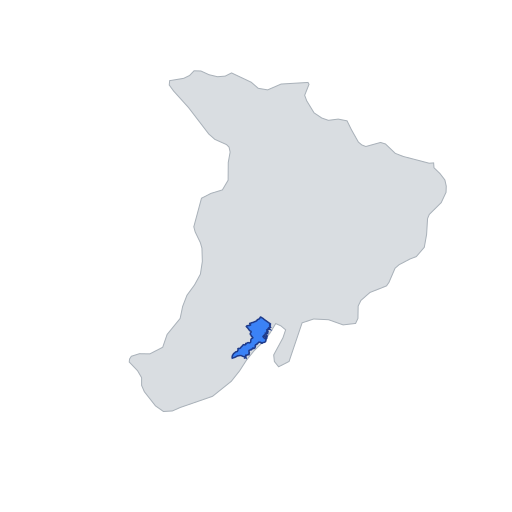 location of Sabana de la Mar, Hato Mayor, Dominican Republic, rotated 114°
{"feature_id": "3306468B29734552826956", "entity_name": "Sabana de la Mar", "entity_type": "district", "adm_level": 2, "iso_a3": "DOM", "parent_name": "Dominican Republic", "parent_adm1": "Hato Mayor", "projection": "equal_earth", "projection_center": [-69.405, 19.01], "detail": "fine", "context": "in_parent", "style": "filled", "palette": "blue", "viewbox_px": 512, "rotation_deg": 114, "n_neighbors": 0, "source": "geoboundaries", "source_scale": "gbopen_adm2", "svg_char_len": 6499}
<svg xmlns="http://www.w3.org/2000/svg" viewBox="0 0 512 512"><g transform="rotate(114 256 256)"><path d="M98.7,352.8L99.2,331.0L101.9,322.2L99.5,312.9L88.7,303.0L82.1,290.3L76.3,279.1L77.6,277.4L89.4,276.9L93.6,272.8L101.6,261.2L103.2,252.0L102.6,245.0L97.5,236.6L95.5,227.8L101.9,220.1L110.3,208.8L111.5,204.5L111.3,200.2L101.6,188.4L101.0,183.3L105.6,170.5L105.2,162.0L100.8,135.5L98.7,131.6L103.0,129.3L105.9,121.4L109.7,114.4L114.8,110.6L120.5,108.3L131.9,108.5L147.5,114.6L152.0,114.5L167.0,108.9L179.6,105.8L191.3,109.3L196.1,114.1L205.7,121.7L210.6,124.0L226.0,123.8L230.2,124.6L243.0,137.1L253.9,142.1L260.2,142.3L271.5,137.5L277.1,137.6L283.5,148.4L284.7,163.8L290.1,177.7L298.3,186.7L338.9,182.9L348.0,190.3L344.9,196.3L339.2,199.6L319.8,198.1L311.4,198.9L309.7,204.9L309.7,210.5L321.0,211.9L332.0,214.7L343.3,219.2L354.8,222.3L367.7,224.3L380.5,227.6L401.8,238.6L425.3,263.7L431.6,269.4L435.7,277.3L433.8,286.9L425.4,302.8L420.7,307.9L413.7,311.0L409.0,317.5L404.4,328.7L401.6,329.6L398.3,329.1L392.7,322.8L388.6,313.2L377.3,304.1L363.8,305.3L343.9,299.9L331.9,302.5L319.9,303.1L307.5,300.4L295.2,299.4L282.8,302.8L270.8,308.6L266.4,312.3L258.7,321.4L254.6,324.7L225.4,329.3L217.1,322.6L209.3,313.6L198.1,312.3L181.8,319.4L171.6,321.9L167.5,324.9L166.2,328.3L166.2,341.0L163.8,348.7L147.9,377.9L138.8,398.4L135.1,404.8L130.9,406.2L123.1,394.3L118.1,390.1L112.0,387.9L109.4,381.6L109.5,372.7L107.9,364.1L104.2,357.3L98.7,352.8Z" fill="#d9dde1" stroke="#a8b0b8" stroke-width="1"/><path d="M352.7,225.2L352.8,224.9L353.0,224.9L353.2,224.7L353.7,224.7L353.5,224.4L353.3,224.4L353.0,224.6L352.8,224.6L352.7,224.3L352.7,224.2L352.8,223.9L352.4,224.2L352.3,224.4L352.2,224.5L352.2,224.8L351.7,224.6L351.6,224.8L351.3,224.7L351.1,225.0L350.8,225.0L350.6,224.9L350.6,224.5L350.7,224.3L350.6,224.2L350.3,224.1L350.0,223.8L349.8,223.7L349.6,223.5L349.5,223.1L349.3,222.8L349.0,222.8L349.0,222.7L348.9,222.4L348.6,222.6L348.3,222.4L348.2,222.4L347.9,222.6L347.6,222.7L347.5,222.9L347.0,222.8L346.7,223.2L346.3,223.3L346.0,223.7L345.8,223.7L345.5,223.9L345.1,223.9L344.9,223.8L344.9,223.7L344.4,223.2L344.2,223.1L344.0,222.8L343.9,222.7L343.7,222.6L343.7,222.4L343.4,222.4L343.4,222.1L343.1,221.8L342.2,221.7L341.8,221.5L341.7,221.5L341.7,221.3L341.5,221.1L341.6,220.8L341.5,220.7L341.4,220.5L341.1,220.7L341.0,220.3L340.7,219.8L340.5,219.7L340.4,219.6L339.9,219.7L339.5,219.7L339.3,219.8L339.0,219.7L338.7,220.0L338.2,220.3L337.2,220.3L336.9,219.9L336.7,219.5L336.3,219.5L336.1,219.2L335.5,219.2L335.4,219.2L335.3,218.9L334.3,218.6L334.0,218.5L333.6,218.4L333.3,217.8L333.2,217.4L333.0,217.1L333.0,216.5L333.2,216.4L333.4,216.0L333.3,215.9L333.2,215.8L333.0,215.6L333.0,215.3L333.3,215.2L333.2,214.9L332.6,214.7L332.2,214.3L331.5,213.3L331.2,213.0L330.4,212.5L330.0,212.5L329.7,212.6L329.4,212.5L329.1,212.6L328.8,212.8L328.3,212.8L328.1,212.9L327.2,212.9L326.9,212.7L326.7,212.7L325.6,213.1L324.9,213.4L324.7,213.4L324.6,213.5L324.3,213.7L323.9,213.7L323.9,214.0L324.2,213.9L324.3,213.7L324.7,213.7L324.9,213.5L325.1,213.5L325.1,213.4L325.3,213.5L325.4,213.8L325.5,213.8L325.6,213.6L325.8,213.7L325.8,213.4L326.0,213.1L326.3,213.1L326.4,213.5L326.5,213.6L326.6,213.3L326.7,213.0L327.1,213.0L327.5,213.3L327.8,213.5L327.9,213.9L327.7,214.4L327.5,215.6L327.4,216.0L327.2,216.2L326.9,216.6L326.7,216.6L326.3,216.7L326.3,216.8L326.0,216.7L326.0,216.3L326.1,216.2L326.0,215.8L325.9,215.8L325.8,216.0L325.8,215.8L325.6,216.0L325.5,215.9L325.6,215.6L325.4,215.9L325.3,215.7L325.5,215.4L325.3,215.5L325.1,215.4L324.8,215.7L324.6,215.6L324.5,215.8L324.4,215.6L324.2,215.6L323.8,215.7L323.8,215.8L323.6,215.8L323.4,215.6L323.0,215.8L322.9,215.9L322.7,215.9L322.7,215.6L322.6,215.8L322.4,215.5L322.5,215.2L322.4,215.2L322.4,215.4L322.3,215.0L322.2,215.0L322.1,214.8L322.1,214.6L321.9,214.5L321.9,214.3L321.7,214.3L321.7,214.2L321.6,214.3L321.7,214.5L321.4,214.8L321.4,214.6L321.4,214.4L321.2,214.5L321.2,214.4L320.9,214.5L321.0,214.6L320.8,214.5L320.7,214.4L320.7,214.7L320.3,215.1L320.2,215.2L320.1,214.5L320.0,214.9L319.9,214.8L319.8,215.0L319.7,215.2L319.4,215.2L319.3,215.4L319.1,215.5L318.9,215.2L318.7,215.1L318.7,215.3L318.8,215.3L318.8,215.5L318.6,215.5L318.6,215.8L318.3,215.6L318.3,215.3L318.3,215.2L318.2,215.2L318.2,215.4L317.9,215.3L317.9,215.2L317.8,215.4L317.7,215.4L317.7,215.2L317.4,215.3L317.2,215.0L316.9,215.1L316.8,214.7L316.7,214.7L316.4,214.8L316.3,215.0L316.2,214.9L316.2,215.1L316.1,214.7L315.8,214.7L315.9,214.3L315.6,214.1L315.4,213.9L315.3,214.4L315.4,214.6L315.3,214.3L315.2,214.3L315.2,214.1L315.1,214.3L315.0,214.5L314.9,214.5L314.8,214.4L314.4,214.4L314.4,214.6L314.4,214.4L314.2,214.4L314.1,214.5L314.1,214.8L313.9,215.1L313.7,214.9L313.5,215.2L313.3,215.1L313.2,215.1L312.8,215.1L312.8,215.3L312.5,215.2L312.4,215.5L312.1,215.4L312.0,215.8L311.9,216.7L311.7,217.3L311.6,218.2L311.4,218.8L311.3,219.6L311.1,220.2L311.0,221.1L310.8,221.8L310.7,222.6L310.2,224.0L310.1,225.1L309.9,226.0L309.9,227.0L310.3,227.2L311.2,227.2L311.7,227.5L312.4,227.6L312.7,227.9L313.3,228.6L313.9,228.9L314.1,229.0L314.6,228.9L315.1,229.2L315.7,229.7L316.1,230.0L316.8,230.8L317.8,231.5L318.2,232.2L318.5,232.6L318.8,232.9L319.0,233.1L319.4,233.3L319.8,234.0L320.1,234.3L320.3,234.3L320.6,234.1L320.8,233.7L321.1,233.0L321.3,232.9L321.8,233.4L322.3,233.9L322.5,234.6L322.9,235.0L323.2,235.7L323.9,236.1L324.3,236.2L324.7,235.5L325.1,234.3L325.5,233.7L325.8,233.1L326.4,232.1L326.8,231.3L326.8,230.1L327.0,229.8L327.2,229.6L327.5,229.5L328.3,229.6L328.9,229.8L329.6,229.5L330.1,229.1L330.4,228.1L330.6,227.8L331.1,227.6L331.3,226.6L331.6,226.1L331.8,225.7L332.0,225.6L332.7,225.9L333.2,226.5L333.6,226.6L334.9,226.6L335.4,226.3L336.0,226.2L336.6,225.9L337.0,225.9L337.3,226.0L337.8,226.4L338.0,226.6L338.1,226.9L338.2,227.7L338.4,228.1L338.8,228.5L339.6,229.0L340.1,229.8L340.3,229.8L340.8,229.4L341.1,229.4L341.5,229.8L341.8,230.3L342.1,231.4L343.2,231.9L344.0,232.0L345.3,232.6L346.4,232.8L347.0,233.2L347.6,234.5L348.0,234.8L349.2,234.2L350.4,234.2L350.8,234.2L351.0,234.4L351.5,235.2L351.9,235.6L353.3,236.2L354.3,236.8L355.7,236.9L356.3,237.1L357.0,236.9L358.0,236.8L359.0,236.1L358.4,235.5L357.2,234.1L356.3,233.4L355.7,232.9L354.7,232.2L354.3,231.4L353.5,230.3L353.1,229.4L353.0,229.1L353.0,226.4L352.9,226.0L352.6,225.2L352.7,225.2ZM317.7,214.4L317.7,214.6L317.6,214.8L317.8,214.8L317.7,214.4ZM317.3,214.1L317.2,214.1L317.2,214.3L317.5,214.6L317.5,214.4L317.3,214.1ZM317.4,213.5L317.3,213.8L317.4,214.0L317.5,214.0L317.4,213.5Z" fill="#3b82f6" stroke="#1e3a8a" stroke-width="1.5"/></g></svg>